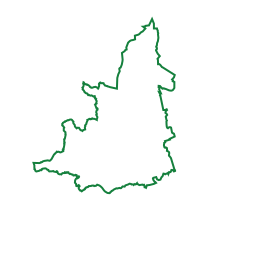 Chinantla, Puebla, Mexico, rotated 314°
{"feature_id": "50627088B55612917364401", "entity_name": "Chinantla", "entity_type": "district", "adm_level": 2, "iso_a3": "MEX", "parent_name": "Mexico", "parent_adm1": "Puebla", "projection": "albers", "projection_center": [-98.289, 18.228], "detail": "fine", "context": "isolated", "style": "outline", "palette": "green", "viewbox_px": 256, "rotation_deg": 314, "n_neighbors": 0, "source": "geoboundaries", "source_scale": "gbopen_adm2", "svg_char_len": 5674}
<svg xmlns="http://www.w3.org/2000/svg" viewBox="0 0 256 256"><g transform="rotate(314 128 128)"><path d="M223.1,69.6L216.4,71.8L213.6,69.6L213.2,69.8L212.5,69.5L211.4,68.5L211.6,71.4L207.6,71.5L206.0,70.9L203.8,70.9L202.5,70.7L199.2,68.8L196.7,71.5L194.8,70.5L193.3,69.4L191.8,68.9L189.5,68.8L184.8,70.8L183.5,72.5L182.2,71.9L181.0,72.2L177.8,71.5L173.4,76.7L172.1,77.7L169.3,79.5L166.4,80.7L165.3,80.4L164.5,80.6L163.1,82.6L159.9,83.7L156.6,85.5L148.6,92.7L144.8,86.5L144.1,84.9L143.8,84.6L143.8,84.0L143.2,83.4L143.0,82.5L142.6,82.1L142.9,79.7L143.2,79.4L142.9,78.7L142.0,78.1L141.6,77.4L141.6,76.6L141.0,76.3L140.6,76.6L140.0,76.4L139.9,76.7L139.4,76.8L139.4,77.0L137.6,78.4L136.6,78.5L136.2,79.0L135.6,79.1L135.7,78.1L135.1,76.1L133.5,74.9L132.4,74.5L131.4,73.6L131.5,72.9L131.1,72.0L131.4,71.5L131.3,69.8L130.6,68.5L130.9,68.4L130.8,68.1L130.2,67.7L130.2,67.1L129.8,66.7L129.7,65.9L130.1,64.6L130.0,64.3L129.5,64.7L129.0,64.7L128.6,65.3L128.6,65.7L127.7,66.6L126.8,67.1L125.4,67.2L125.4,67.8L125.2,68.0L124.2,68.6L124.3,70.2L123.7,71.6L123.6,72.0L123.9,72.5L123.7,73.3L124.5,74.8L124.2,75.6L124.4,76.2L124.0,76.4L124.0,76.6L124.7,77.0L125.1,78.4L126.2,79.2L126.6,81.1L127.8,81.9L127.3,82.7L126.8,82.7L126.6,83.3L126.8,83.8L126.4,84.1L126.4,84.4L126.7,84.9L126.0,85.3L125.6,86.8L124.3,87.5L123.8,88.4L122.8,88.2L122.7,88.0L121.9,88.1L121.9,88.3L120.3,91.6L120.9,92.2L120.7,92.8L119.9,93.4L119.0,93.2L117.3,94.1L116.4,95.9L115.4,96.0L114.6,98.4L113.0,99.4L112.3,99.4L112.1,99.7L111.4,97.7L110.4,96.5L110.1,95.6L109.6,95.4L109.1,95.6L108.5,94.8L108.1,94.8L107.7,93.8L106.4,93.6L105.6,93.1L104.9,93.8L103.0,94.5L102.0,95.2L100.1,95.3L99.8,96.0L98.6,96.4L97.2,98.2L95.6,97.3L94.2,97.3L94.1,96.3L93.7,95.9L93.5,95.1L94.1,92.6L93.0,91.4L92.1,91.3L92.1,91.0L92.2,88.8L93.2,87.5L93.4,85.7L93.7,85.0L94.7,84.3L94.7,83.1L94.9,82.2L94.7,81.3L93.8,80.4L92.2,79.8L92.1,79.5L91.5,79.0L90.3,78.9L89.2,78.1L88.7,78.4L88.1,78.0L86.5,77.6L85.9,77.9L85.1,77.9L84.6,78.9L84.2,79.0L84.3,80.5L83.9,81.9L83.3,81.9L81.5,83.6L81.5,85.9L81.2,86.1L80.9,86.7L80.0,87.2L79.9,87.8L76.9,89.7L76.1,90.1L75.5,89.9L74.3,91.4L74.1,91.4L73.6,92.4L73.3,92.3L72.8,92.5L72.7,93.1L72.1,93.3L72.0,93.7L68.8,95.8L68.3,95.7L67.7,96.7L66.9,96.4L66.3,97.5L63.7,96.5L63.2,95.9L63.0,95.1L62.5,94.3L61.8,94.0L61.5,93.2L60.3,93.4L58.8,93.2L58.5,93.4L57.6,93.2L52.5,94.6L50.6,94.6L50.0,94.4L48.9,92.7L46.1,90.6L44.7,89.9L43.9,89.9L43.4,89.5L43.0,89.5L42.8,89.1L41.8,89.0L41.2,88.6L37.3,84.3L36.1,86.6L34.1,88.5L34.1,88.8L33.9,89.1L33.4,89.3L33.5,90.0L32.9,91.0L33.0,92.2L35.4,93.8L36.7,94.1L37.4,95.0L38.0,95.0L38.5,94.6L38.7,94.8L39.5,94.9L41.5,96.5L42.0,97.6L41.9,99.0L42.5,99.8L42.1,100.5L42.1,101.5L44.0,103.4L45.1,104.1L45.1,104.8L46.1,106.4L46.7,107.2L47.4,106.8L47.6,107.1L47.4,108.0L46.7,108.9L46.7,109.8L47.1,110.9L48.2,111.9L48.3,112.3L50.0,112.2L51.8,113.9L52.3,113.5L52.7,114.4L53.2,114.3L53.4,114.5L53.3,115.1L53.6,115.4L54.6,115.5L54.7,115.8L54.3,116.2L54.5,118.1L55.0,118.3L55.6,120.1L56.1,120.5L55.9,121.7L56.2,122.1L57.8,122.7L58.3,123.6L57.7,124.0L57.6,124.6L59.1,126.2L58.9,126.7L58.1,126.9L56.6,126.6L56.2,125.9L55.1,125.9L53.7,126.3L51.8,127.8L51.7,129.5L50.4,131.1L50.7,131.7L52.7,132.2L52.7,133.1L52.5,133.6L51.1,133.8L50.3,134.5L49.9,135.6L49.8,137.1L50.3,137.3L50.3,138.7L50.7,138.8L52.2,138.9L52.8,139.3L54.0,139.1L54.2,139.5L55.7,139.0L56.4,139.6L57.2,139.6L57.7,140.2L58.2,140.3L58.9,140.1L60.6,141.7L61.1,141.8L62.2,142.7L62.6,143.2L62.7,144.0L63.4,144.3L63.7,144.8L64.5,145.2L65.8,145.2L66.8,147.4L67.0,149.0L67.0,151.0L66.4,154.3L66.4,155.7L67.0,158.3L68.2,159.9L68.5,160.1L69.2,159.8L70.0,160.1L71.4,159.9L72.0,160.4L73.7,160.5L76.5,161.5L76.9,162.2L79.0,163.5L79.3,164.2L80.0,164.8L82.2,164.7L83.5,166.3L84.9,166.0L87.4,167.3L89.0,167.8L89.8,169.0L90.0,169.6L89.9,169.8L91.2,171.1L91.0,171.6L92.3,171.8L92.4,172.4L93.5,172.8L94.4,172.8L94.0,173.4L94.5,173.7L94.4,174.2L94.8,175.8L96.9,177.4L97.5,177.9L97.5,178.7L98.3,179.1L97.8,180.2L96.9,181.1L97.4,181.9L97.5,182.5L99.9,181.4L102.1,183.2L105.7,185.4L108.0,186.3L108.1,185.1L107.8,184.5L108.2,182.5L109.0,181.0L109.7,180.8L112.3,182.4L111.3,184.6L111.9,186.3L113.4,187.2L115.8,186.3L117.2,186.4L119.8,185.2L120.2,185.7L120.5,186.9L121.9,187.3L122.9,188.5L123.5,188.4L123.2,188.9L123.7,188.7L123.8,188.0L124.8,188.2L125.8,189.2L127.3,188.8L127.9,188.4L128.5,188.8L128.6,189.5L129.1,189.9L128.7,191.2L129.8,191.7L130.3,191.2L130.4,190.2L136.2,179.8L136.6,177.6L136.5,176.9L136.8,176.4L138.5,175.2L139.1,174.4L139.0,172.8L138.6,171.9L139.6,171.1L140.6,169.9L140.4,168.9L140.2,168.6L140.0,168.8L139.6,168.5L139.4,167.7L140.3,166.1L141.4,165.1L142.4,164.7L142.5,164.4L143.8,164.6L144.3,163.7L148.8,166.2L149.1,165.5L154.3,167.5L154.8,166.8L155.8,165.0L155.7,164.3L155.2,163.6L155.4,162.7L158.2,158.7L157.9,157.8L157.4,157.3L156.6,156.9L155.6,156.9L155.4,156.1L155.8,155.1L157.1,153.5L159.4,151.1L160.4,150.8L160.6,149.9L162.1,147.8L162.2,147.4L162.8,147.2L164.6,147.1L165.0,146.1L164.9,144.4L166.3,143.5L168.0,143.6L168.3,142.8L166.7,142.2L165.5,140.9L173.5,129.1L173.6,128.4L174.4,128.2L175.3,125.6L176.0,127.1L177.4,123.6L178.9,122.8L178.5,121.8L179.6,120.8L180.4,121.8L180.2,125.3L180.5,125.3L181.4,126.2L181.3,126.5L182.2,127.8L183.6,131.4L184.8,133.1L185.8,133.7L186.7,133.9L189.0,133.5L193.3,129.4L192.7,127.7L193.5,127.3L193.5,126.0L196.3,125.9L198.6,124.8L195.6,110.4L195.4,110.1L195.8,107.5L195.7,106.2L194.8,105.3L197.9,102.1L198.2,101.2L201.8,100.9L202.1,97.7L203.3,94.2L203.5,94.0L204.5,94.1L205.6,93.3L205.7,92.5L206.3,91.6L207.2,91.6L209.2,90.0L211.2,89.2L214.0,87.2L216.4,84.3L217.2,83.9L217.7,82.8L218.8,81.7L219.1,80.6L219.7,79.7L217.6,77.5L221.1,74.1L223.1,69.6Z" fill="none" stroke="#15803d" stroke-width="2"/></g></svg>